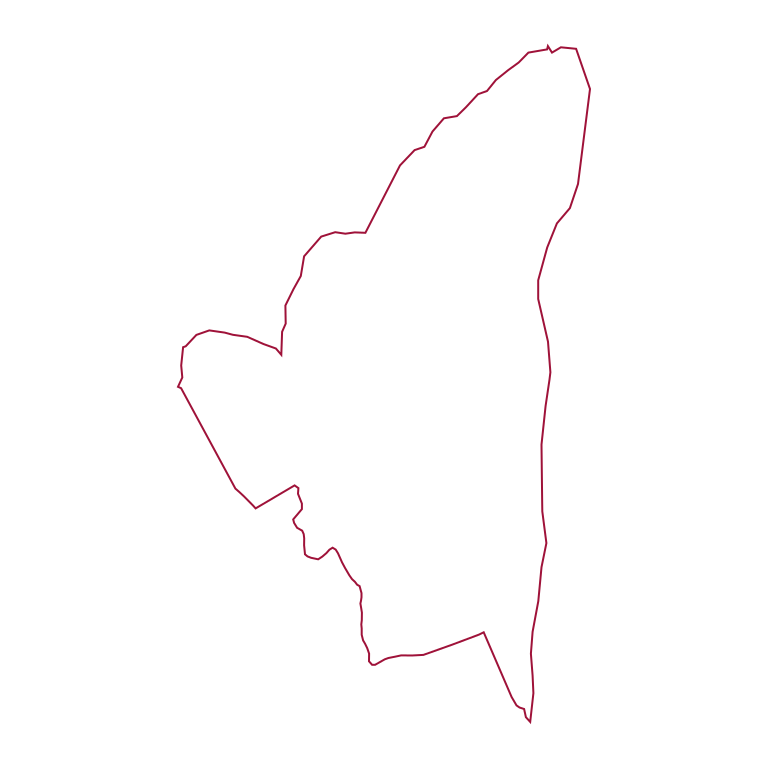 outline of Ajaokuta, Kogi, Nigeria
{"feature_id": "59680162B23949108035203", "entity_name": "Ajaokuta", "entity_type": "district", "adm_level": 2, "iso_a3": "NGA", "parent_name": "Nigeria", "parent_adm1": "Kogi", "projection": "equal_earth", "projection_center": [6.529, 7.503], "detail": "fine", "context": "isolated", "style": "outline", "palette": "rose", "viewbox_px": 768, "rotation_deg": 0, "n_neighbors": 0, "source": "geoboundaries", "source_scale": "gbopen_adm2", "svg_char_len": 1723}
<svg xmlns="http://www.w3.org/2000/svg" viewBox="0 0 768 768"><path d="M178.0,386.8L181.1,388.2L235.4,488.6L239.4,492.1L243.9,496.3L253.1,505.6L255.6,508.4L294.6,485.4L298.4,488.1L298.0,493.8L301.9,503.6L301.9,509.1L293.2,519.4L294.1,522.9L297.1,527.8L302.2,530.7L303.7,534.1L304.2,538.3L304.1,545.3L305.0,554.3L307.5,556.4L311.1,557.8L318.2,559.3L322.3,556.6L326.4,553.1L329.4,549.7L332.6,547.7L335.7,549.6L338.0,553.3L340.5,558.9L342.0,562.3L345.0,567.9L349.4,575.4L352.0,579.1L355.0,581.9L357.1,584.7L359.6,586.1L361.5,593.1L361.5,597.3L361.0,600.7L360.4,603.5L361.2,608.2L361.9,612.6L361.8,620.2L361.3,624.4L361.7,628.5L361.7,634.8L363.1,640.4L365.1,643.8L367.2,648.1L369.1,653.6L369.0,661.3L372.1,664.8L375.1,664.8L384.8,659.3L388.4,658.0L395.0,656.7L401.1,655.4L403.8,655.4L411.8,655.5L423.4,654.9L452.1,644.7L479.0,634.6L483.7,632.3L490.4,647.8L511.6,697.0L516.5,705.4L519.5,707.5L524.1,709.0L525.9,717.2L530.2,721.9L533.4,693.2L532.6,675.7L530.9,653.7L532.6,631.8L538.3,601.2L541.5,567.2L546.4,543.1L542.3,511.4L542.2,504.5L541.5,444.6L545.6,405.9L549.5,379.6L550.4,372.3L548.0,341.7L538.2,299.0L538.2,280.3L547.2,247.5L556.9,223.4L569.9,208.1L578.0,184.0L590.0,89.0L576.1,48.8L560.9,47.3L552.0,52.6L547.9,46.1L547.1,49.4L528.4,52.6L518.7,62.5L508.1,70.2L495.9,80.0L487.0,91.0L478.0,94.2L465.8,107.4L456.9,116.1L443.9,118.3L432.5,131.5L424.4,146.8L414.6,150.1L400.0,165.4L365.4,232.8L354.7,232.4L345.4,233.7L335.2,232.2L321.2,236.6L304.1,256.3L300.8,276.0L293.5,289.1L285.4,305.5L285.7,323.6L282.1,331.8L281.3,354.8L275.9,348.5L263.4,344.0L247.2,336.8L232.9,334.8L224.7,332.6L209.3,330.4L196.4,334.9L185.7,346.3L183.1,347.2L181.2,365.5L182.3,377.5L178.0,386.8Z" fill="none" stroke="#9f1239" stroke-width="2"/></svg>